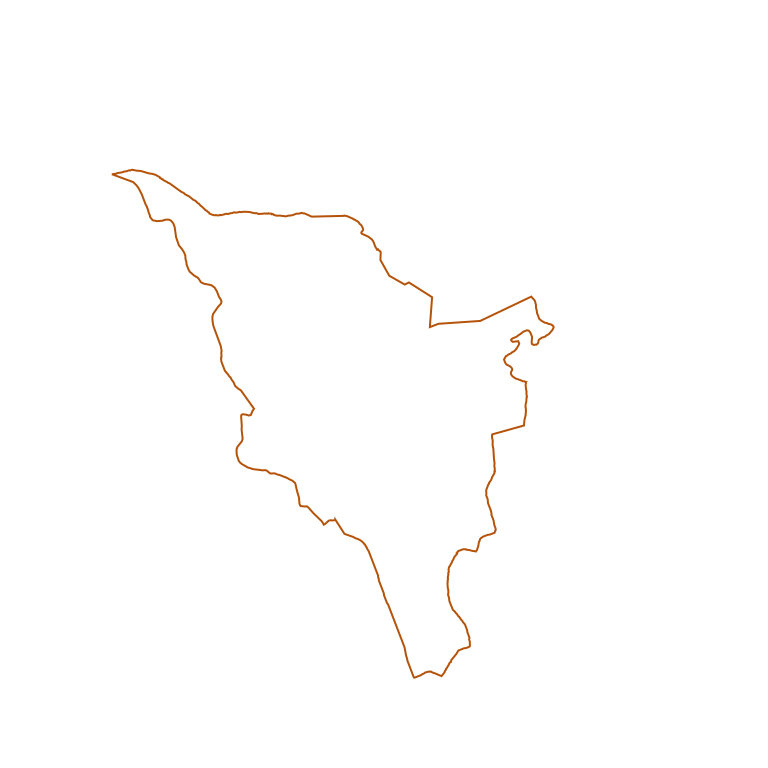 the district of Tibas, San José, Costa Rica, rotated 249°
{"feature_id": "36466004B13959019821859", "entity_name": "Tibas", "entity_type": "district", "adm_level": 2, "iso_a3": "CRI", "parent_name": "Costa Rica", "parent_adm1": "San José", "projection": "orthographic", "projection_center": [-84.08, 9.956], "detail": "fine", "context": "isolated", "style": "outline", "palette": "amber", "viewbox_px": 768, "rotation_deg": 249, "n_neighbors": 0, "source": "geoboundaries", "source_scale": "gbopen_adm2", "svg_char_len": 6146}
<svg xmlns="http://www.w3.org/2000/svg" viewBox="0 0 768 768"><g transform="rotate(249 384 384)"><path d="M555.5,406.3L566.2,376.4L571.7,371.0L572.4,369.5L573.4,368.2L573.4,366.1L574.4,363.2L574.4,359.2L575.0,356.3L575.4,355.4L575.7,352.4L578.6,347.0L579.6,344.1L581.2,341.9L582.6,341.1L582.6,340.1L583.5,339.7L584.2,337.9L584.7,337.4L584.7,336.4L585.2,335.9L585.3,334.9L586.1,333.5L586.2,332.5L587.7,327.8L589.0,326.5L590.1,323.9L592.7,320.2L594.3,316.7L595.3,314.0L595.7,312.1L596.5,310.7L596.5,309.6L597.1,307.1L598.0,305.5L598.0,303.4L598.5,301.6L598.5,299.5L599.4,298.0L600.0,292.2L600.6,291.7L600.7,289.7L602.0,287.4L602.1,286.4L603.6,284.3L605.7,282.1L606.8,282.1L607.5,281.4L609.3,280.6L610.0,279.8L614.6,277.7L616.3,276.6L618.3,276.0L619.9,274.8L622.7,273.6L624.0,272.2L629.3,269.1L632.2,266.4L634.0,265.6L636.0,263.7L638.2,262.2L648.2,255.7L649.3,254.4L650.1,254.0L653.6,250.9L654.5,250.7L655.0,249.8L656.0,249.5L656.4,248.8L657.4,248.8L661.3,245.5L663.2,243.0L665.1,239.7L669.7,233.7L670.6,232.2L671.3,230.4L674.3,225.6L674.3,223.6L674.8,222.7L674.9,219.7L675.4,217.8L675.4,215.8L676.4,210.9L676.4,208.9L677.3,205.2L662.4,222.2L658.3,224.1L654.5,225.1L648.0,225.8L636.8,225.8L635.6,226.1L631.0,226.1L629.1,225.8L625.1,225.8L623.5,225.5L619.8,226.7L617.4,230.4L615.8,235.9L615.8,238.5L614.8,241.5L614.1,242.6L612.6,243.8L609.6,244.8L605.6,244.8L595.5,242.5L587.0,242.2L582.1,243.8L578.3,244.5L575.0,244.5L571.9,243.5L568.7,243.2L566.2,242.5L561.0,242.5L558.4,242.9L553.3,245.6L549.7,248.4L546.1,249.3L544.8,249.4L542.1,251.9L539.4,256.3L537.9,258.4L534.8,260.4L530.4,261.2L524.5,261.2L521.4,261.9L519.4,261.9L517.5,260.7L515.5,256.7L510.8,249.8L509.1,248.4L506.8,247.3L502.6,246.1L498.8,245.5L477.9,245.2L472.9,244.2L472.0,243.5L468.9,242.5L467.1,241.7L466.8,241.2L463.2,240.2L453.3,240.2L451.6,240.9L451.0,240.9L449.9,241.5L446.2,242.4L445.1,243.1L443.2,243.2L439.4,244.2L435.5,244.3L431.6,246.4L429.4,248.1L407.4,253.8L405.8,251.4L402.8,248.6L403.0,246.5L404.8,244.3L406.2,241.7L406.4,240.2L406.0,239.6L404.9,239.0L395.8,236.2L392.4,234.7L383.5,232.4L381.6,230.9L377.6,224.3L376.8,223.9L376.3,223.2L373.7,222.1L370.2,221.1L364.0,220.9L362.0,221.6L360.2,222.6L354.9,226.9L351.3,231.5L348.0,237.8L347.1,239.2L346.1,242.3L344.9,243.8L343.8,244.2L341.4,245.6L340.7,247.0L340.2,248.9L339.3,250.5L337.7,252.0L336.7,253.6L330.8,260.1L329.3,261.2L326.6,263.8L323.5,265.5L322.3,265.5L315.6,264.5L308.2,263.9L302.7,262.2L300.6,262.2L299.9,262.5L298.0,266.2L297.4,268.1L296.1,269.0L288.2,272.0L278.4,276.6L275.5,277.3L274.3,277.3L274.3,278.4L276.2,283.4L275.9,285.4L275.1,286.9L274.6,288.8L274.6,289.7L275.0,289.9L258.2,293.4L252.3,300.4L249.9,302.4L249.4,303.3L248.0,304.7L245.6,306.6L242.1,308.3L241.1,308.3L240.6,308.8L238.5,308.9L237.6,309.3L235.6,309.3L233.6,309.8L206.9,309.8L206.0,309.3L204.0,309.3L203.1,308.9L202.1,308.8L188.7,308.8L186.8,308.3L178.6,308.3L176.7,308.8L130.6,308.8L122.7,307.3L118.7,307.1L117.8,306.7L99.4,306.7L98.9,307.2L98.9,314.4L99.3,315.3L99.4,317.4L99.9,319.2L99.4,323.2L98.9,323.7L98.8,324.7L97.4,325.7L95.7,327.8L90.7,333.0L93.1,337.2L94.0,337.7L95.1,339.4L95.8,339.8L96.1,340.6L97.8,342.6L98.2,343.4L98.9,343.9L100.4,345.7L100.4,346.7L102.1,347.9L106.0,354.7L108.5,357.9L108.6,364.0L108.1,365.9L108.1,369.0L108.3,370.0L109.1,370.5L112.9,371.8L115.0,371.9L116.4,372.8L122.5,372.9L124.5,373.4L130.7,373.4L133.5,372.3L134.5,372.3L136.9,371.3L137.9,371.3L138.8,370.9L139.8,370.8L140.3,370.3L141.2,370.0L143.1,369.7L144.9,368.8L145.9,368.7L148.4,367.4L157.5,367.2L161.5,368.1L164.5,368.3L166.1,369.3L169.0,370.3L170.0,370.3L173.0,371.1L175.8,372.1L176.6,372.7L177.5,372.8L178.9,373.9L179.8,373.9L182.1,375.1L182.9,375.9L183.9,375.9L184.6,376.3L185.2,377.1L187.2,377.6L188.9,378.5L190.2,379.6L190.6,380.5L192.1,382.0L192.5,382.8L194.1,384.1L195.2,385.7L197.3,387.7L199.2,391.2L200.2,391.3L200.3,392.2L201.1,392.6L201.4,393.5L201.4,398.6L200.3,401.3L199.6,401.7L198.8,403.5L196.0,407.5L195.7,408.4L194.7,409.7L195.8,411.4L199.0,414.0L202.5,416.0L203.1,416.8L204.9,418.3L205.3,419.0L206.0,421.8L206.0,426.9L205.5,428.7L205.5,433.9L207.0,435.1L207.5,435.9L209.3,436.4L212.4,436.4L217.3,437.4L223.5,437.4L224.3,437.9L227.3,438.4L235.5,438.4L239.3,439.5L243.4,439.5L245.2,440.4L248.0,441.2L248.6,441.8L249.5,442.3L250.8,443.7L252.4,444.9L253.3,446.3L254.1,446.7L255.7,449.2L257.1,450.7L258.0,451.2L261.4,455.4L262.4,455.5L262.9,456.4L263.9,456.4L265.7,457.2L267.6,457.5L270.4,458.8L275.3,460.0L284.1,462.8L288.1,463.5L291.9,465.1L295.8,465.8L297.7,466.6L298.2,467.1L295.1,499.8L300.4,502.4L304.3,505.2L305.5,505.5L306.6,506.3L308.1,506.9L310.9,507.8L311.7,507.8L314.0,508.8L316.9,510.7L320.6,512.4L320.7,512.8L323.9,513.5L326.2,514.5L327.1,514.5L332.3,515.8L333.7,516.7L334.8,517.0L335.0,517.4L336.0,516.2L336.7,514.8L339.3,512.1L341.8,509.0L344.9,506.8L346.8,506.2L348.1,506.1L349.9,507.1L351.1,508.6L351.8,509.0L353.0,509.0L355.0,508.2L357.1,506.5L357.7,505.7L358.8,505.2L360.4,504.8L363.8,504.8L366.3,507.8L366.4,509.1L366.9,510.6L367.2,513.9L367.6,514.6L368.0,517.4L369.2,520.0L369.6,520.2L369.7,520.6L372.2,523.8L373.4,524.8L375.9,524.6L377.2,519.3L378.5,518.5L379.8,518.5L380.5,520.3L380.6,524.5L381.6,528.0L381.7,529.3L382.0,529.6L382.2,531.0L382.9,532.5L382.9,536.7L382.0,538.2L380.6,538.8L379.0,539.1L374.8,539.1L369.8,536.7L368.2,536.5L366.7,538.0L366.4,539.9L366.1,540.4L366.7,542.2L367.9,543.2L369.0,543.7L369.8,544.5L370.3,546.0L370.3,546.8L370.7,547.5L370.5,551.6L371.1,553.0L371.5,555.8L374.0,560.5L376.1,562.7L376.5,562.8L378.0,562.6L380.0,561.0L381.3,558.9L382.3,558.2L383.7,556.0L386.2,554.0L388.6,552.5L389.4,552.3L395.3,552.3L398.8,553.1L400.1,553.1L403.4,554.2L406.7,554.6L407.9,554.6L412.8,552.8L408.4,496.4L420.7,456.4L420.7,447.2L447.8,460.0L469.9,443.6L469.4,439.0L483.2,427.7L501.1,425.1L508.3,428.2L509.2,428.0L510.9,426.9L511.9,426.7L511.9,425.6L512.9,425.6L514.8,425.1L520.9,425.1L523.7,424.4L524.3,423.8L527.0,422.3L532.1,417.3L533.0,416.9L533.8,417.3L535.1,419.5L536.0,420.0L539.1,420.0L540.9,419.5L542.6,418.5L543.6,418.5L545.9,417.2L547.4,415.8L548.2,415.4L548.6,414.6L549.5,414.2L554.1,409.5L555.0,407.8L555.5,407.3L555.5,406.3Z" fill="none" stroke="#b45309" stroke-width="2"/></g></svg>